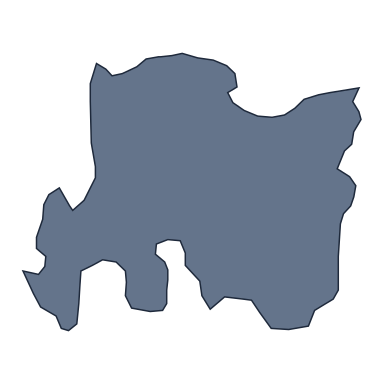 Naju-si, South Jeolla, South Korea (Equal Earth projection)
{"feature_id": "91817680B40505476377979", "entity_name": "Naju-si", "entity_type": "district", "adm_level": 2, "iso_a3": "KOR", "parent_name": "South Korea", "parent_adm1": "South Jeolla", "projection": "equal_earth", "projection_center": [126.711, 34.984], "detail": "fine", "context": "isolated", "style": "filled", "palette": "slate", "viewbox_px": 384, "rotation_deg": 0, "n_neighbors": 0, "source": "geoboundaries", "source_scale": "gbopen_adm2", "svg_char_len": 1362}
<svg xmlns="http://www.w3.org/2000/svg" viewBox="0 0 384 384"><path d="M359.0,87.9L330.0,92.6L318.6,94.8L304.1,99.3L294.8,108.3L284.5,115.0L272.1,117.3L257.7,116.1L251.4,113.5L244.2,110.5L232.9,102.7L227.7,92.6L237.0,87.0L234.9,73.6L226.7,65.7L213.2,60.1L197.7,57.9L182.2,53.4L171.9,55.6L160.6,56.8L158.5,56.8L156.3,57.2L146.1,59.0L136.8,66.8L122.3,73.6L112.0,75.8L105.8,69.1L96.5,63.5L90.3,83.6L90.3,101.6L91.3,143.0L95.4,166.6L95.4,177.8L84.1,200.3L72.7,210.4L69.6,205.9L59.3,187.9L48.9,194.6L43.8,204.7L43.4,210.2L42.7,219.3L36.5,237.3L36.5,248.5L45.8,256.4L44.8,266.5L38.5,274.4L23.0,271.0L33.4,293.5L40.6,307.0L56.1,316.0L61.3,328.4L68.5,330.6L76.8,323.9L78.8,303.6L79.9,285.6L80.9,271.0L92.3,265.4L102.6,259.8L116.1,262.0L125.4,271.0L126.4,282.3L125.4,295.7L131.6,308.1L150.2,311.5L162.6,310.4L166.7,303.6L166.7,290.1L167.8,280.0L167.8,269.9L164.7,262.0L155.4,254.2L156.4,244.0L167.8,239.6L180.2,240.7L185.3,253.0L185.3,265.4L199.8,281.1L201.9,295.7L210.2,309.2L224.6,296.9L243.2,299.1L251.5,300.2L259.8,312.6L271.2,328.4L288.7,329.5L308.4,326.1L314.6,310.4L323.9,304.7L333.2,299.1L338.3,290.1L338.3,276.6L338.3,256.4L340.4,223.8L343.5,213.7L350.7,205.9L353.8,196.9L355.8,185.7L349.6,176.7L337.2,168.8L344.5,150.9L351.7,144.2L353.7,131.8L361.0,119.5L358.9,111.7L352.7,101.6L358.9,88.1L359.0,87.9Z" fill="#64748b" stroke="#1e293b" stroke-width="1.5"/></svg>